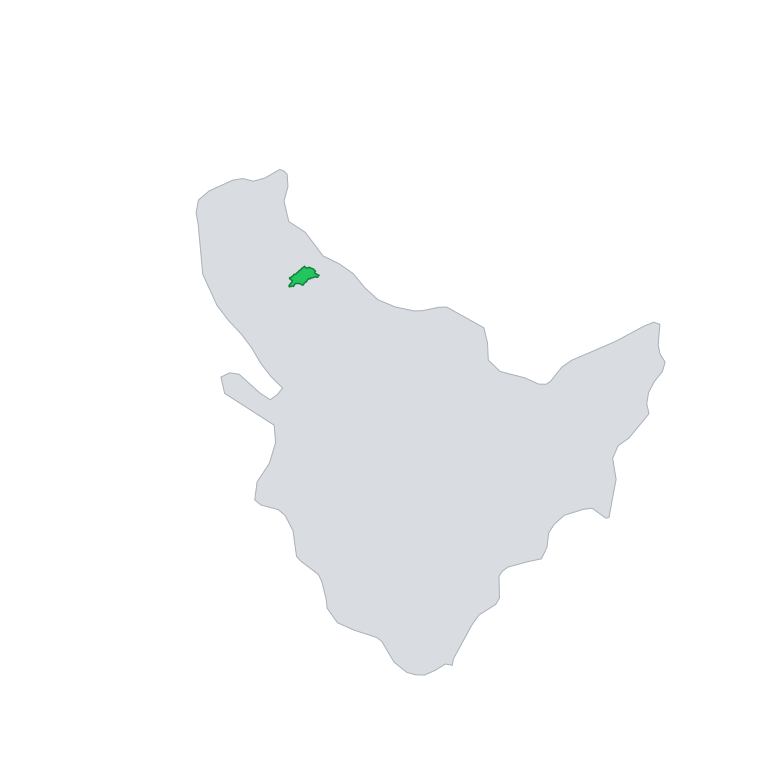 location of Consuelo, San Pedro de Macorís, Dominican Republic, rotated 218°
{"feature_id": "3306468B14471946980605", "entity_name": "Consuelo", "entity_type": "district", "adm_level": 2, "iso_a3": "DOM", "parent_name": "Dominican Republic", "parent_adm1": "San Pedro de Macorís", "projection": "equal_earth", "projection_center": [-69.258, 18.6], "detail": "fine", "context": "in_parent", "style": "filled", "palette": "green", "viewbox_px": 768, "rotation_deg": 218, "n_neighbors": 0, "source": "geoboundaries", "source_scale": "gbopen_adm2", "svg_char_len": 4097}
<svg xmlns="http://www.w3.org/2000/svg" viewBox="0 0 768 768"><g transform="rotate(218 384 384)"><path d="M156.9,523.8L157.7,492.3L161.5,479.6L158.1,466.2L142.5,451.9L133.0,433.5L124.5,417.3L126.5,414.9L143.5,414.2L149.6,408.2L161.1,391.6L163.5,378.2L162.6,368.1L155.2,356.0L152.3,343.2L161.6,332.1L173.7,315.9L175.4,309.7L175.2,303.5L161.2,286.4L160.3,279.1L166.9,260.6L166.4,248.3L160.1,210.1L157.0,204.4L163.3,201.1L167.4,189.8L172.9,179.6L180.2,174.2L188.5,170.8L204.9,171.0L227.5,179.9L233.9,179.7L255.7,171.7L273.7,167.2L290.7,172.3L297.5,179.2L311.5,190.1L318.5,193.5L340.7,193.2L346.8,194.3L365.3,212.3L381.0,219.6L390.1,219.9L406.4,212.9L414.5,213.1L423.7,228.7L425.5,250.8L433.3,271.0L445.1,283.9L503.8,278.5L516.8,289.1L512.4,297.9L504.1,302.5L476.2,300.5L464.0,301.5L461.5,310.3L461.5,318.4L477.8,320.3L493.8,324.4L510.1,330.9L526.7,335.4L545.3,338.3L563.7,343.0L594.4,358.9L628.4,395.1L637.5,403.3L643.5,414.7L640.6,428.7L628.6,451.6L621.7,459.0L611.7,463.5L604.8,472.8L598.2,488.9L594.2,490.2L589.4,489.6L581.3,480.5L575.4,466.5L559.0,453.4L539.6,455.1L510.9,447.4L493.5,451.1L476.2,452.0L458.4,448.0L440.5,446.7L422.7,451.6L405.4,460.0L399.0,465.3L387.9,478.4L382.0,483.2L339.9,489.8L327.8,480.2L316.6,467.1L300.4,465.3L276.9,475.5L262.2,479.1L256.2,483.5L254.4,488.4L254.3,506.7L250.9,517.9L227.9,559.9L214.8,589.6L209.5,598.8L203.3,600.8L192.1,583.7L184.9,577.5L176.0,574.4L172.3,565.3L172.5,552.5L170.2,540.0L164.8,530.2L156.9,523.8Z" fill="#d9dde1" stroke="#a8b0b8" stroke-width="1"/><path d="M518.2,402.4L518.2,402.8L518.2,403.0L518.1,403.3L517.8,403.5L517.3,403.6L517.2,403.6L517.0,403.8L516.8,404.3L516.7,404.5L516.1,404.9L516.0,405.0L515.6,405.1L515.4,405.2L515.4,405.3L515.4,405.7L515.4,405.8L515.6,406.2L515.6,406.6L515.7,407.2L515.7,407.7L515.6,408.1L515.6,408.4L515.5,408.6L515.3,409.1L515.1,409.2L515.0,409.3L514.6,409.5L514.4,409.6L514.2,409.7L513.7,410.2L513.5,410.3L513.2,410.5L512.7,410.9L512.3,411.1L512.0,411.3L511.9,411.4L511.6,411.5L511.3,411.5L509.9,411.5L509.7,411.5L509.3,411.6L509.1,411.8L508.9,412.0L508.6,412.5L508.6,412.8L508.6,413.0L508.8,413.7L508.9,413.9L508.9,414.2L508.9,414.5L508.9,414.9L508.8,415.2L508.7,415.4L508.4,416.0L508.2,416.2L508.2,416.5L508.1,416.9L508.1,417.3L508.2,417.8L508.2,418.0L508.4,418.5L508.5,418.9L508.5,419.1L508.4,419.3L508.3,419.7L508.2,419.9L508.2,420.0L508.3,420.5L508.2,420.8L508.1,421.0L507.8,421.1L507.2,421.2L507.0,421.3L506.9,421.4L506.9,421.6L506.8,421.9L506.8,422.7L506.8,422.9L506.7,423.0L506.1,423.4L505.9,423.5L505.6,423.8L505.4,424.1L505.3,424.3L505.1,424.8L505.0,425.1L504.7,425.4L504.5,425.7L504.3,425.9L503.9,426.1L503.5,426.3L503.1,426.6L502.7,426.8L502.2,427.1L502.0,427.3L502.0,427.5L502.0,427.9L502.1,428.1L502.2,428.5L502.2,429.0L502.2,429.7L502.6,429.6L503.0,429.3L503.3,429.2L503.6,429.2L504.8,429.2L505.2,429.1L505.5,429.0L505.9,428.8L506.1,428.7L506.4,428.7L506.6,428.7L506.8,428.8L507.0,429.0L507.2,429.3L507.2,429.5L507.3,430.2L507.3,430.4L507.3,430.5L507.5,430.7L507.6,430.8L507.9,430.8L509.0,430.8L509.4,430.9L509.7,431.0L510.2,431.2L510.3,431.2L510.5,431.2L511.2,430.9L511.8,430.7L512.3,430.5L512.4,430.4L512.8,430.3L513.5,430.3L513.9,430.2L514.0,430.2L514.5,429.9L515.0,429.7L515.6,428.8L515.7,428.2L515.9,428.1L516.1,427.8L516.3,427.7L516.5,427.7L516.8,427.6L519.1,427.7L519.1,427.2L519.3,426.7L519.4,426.4L519.5,425.8L519.6,425.6L519.8,425.0L520.1,424.1L520.1,423.9L520.0,423.3L519.9,423.1L519.9,422.9L519.9,422.6L520.0,422.4L520.0,422.2L520.5,421.4L520.6,421.2L520.7,420.9L520.7,420.5L520.7,419.4L520.8,419.0L520.8,418.6L521.0,418.1L521.1,417.8L521.1,417.4L521.2,416.6L521.2,416.2L521.3,416.0L522.2,415.3L522.3,415.2L522.4,414.9L522.4,414.6L522.4,413.4L522.5,413.0L522.5,412.7L522.7,412.2L522.8,411.9L522.8,411.7L522.8,411.0L522.9,410.7L523.0,410.5L523.0,410.4L523.2,410.2L523.3,410.1L523.7,410.0L523.7,409.5L523.6,409.2L523.3,408.9L523.0,408.9L522.7,408.9L520.2,408.9L519.9,408.9L519.7,408.8L519.6,408.7L519.5,408.3L519.4,407.9L519.5,404.1L519.5,403.6L519.4,403.2L519.3,402.8L519.1,402.6L518.9,402.5L518.7,402.4L518.2,402.4Z" fill="#22c55e" stroke="#15803d" stroke-width="1.5"/></g></svg>